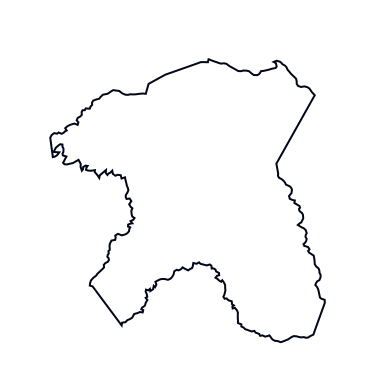 Arapoti, Paraná, Brazil, rotated 279°
{"feature_id": "56859067B71427731295811", "entity_name": "Arapoti", "entity_type": "district", "adm_level": 2, "iso_a3": "BRA", "parent_name": "Brazil", "parent_adm1": "Paraná", "projection": "orthographic", "projection_center": [-50.012, -24.073], "detail": "fine", "context": "isolated", "style": "outline", "palette": "ink", "viewbox_px": 384, "rotation_deg": 279, "n_neighbors": 0, "source": "geoboundaries", "source_scale": "gbopen_adm2", "svg_char_len": 4819}
<svg xmlns="http://www.w3.org/2000/svg" viewBox="0 0 384 384"><g transform="rotate(279 192 192)"><path d="M226.2,44.4L223.4,43.5L204.7,49.1L205.7,51.4L207.4,53.1L210.4,54.7L210.2,52.4L209.9,49.0L214.4,50.6L216.7,52.5L218.6,54.4L218.6,56.6L216.5,57.0L214.7,58.3L211.5,58.7L209.5,58.1L207.9,58.8L207.4,62.4L202.9,60.9L200.6,60.1L199.5,61.7L199.6,64.0L202.0,69.9L203.3,71.5L206.0,74.9L202.4,77.7L199.4,78.0L195.8,79.9L197.4,80.8L199.6,80.6L201.4,82.7L201.4,84.8L199.6,83.9L197.3,83.9L196.9,86.1L197.2,89.0L198.4,92.7L196.5,92.8L194.1,95.7L191.4,98.2L194.0,98.3L196.4,100.3L200.2,103.6L197.4,103.8L195.6,105.8L197.2,106.7L198.2,108.2L200.6,109.9L197.5,111.0L196.1,113.8L197.4,116.0L197.4,119.0L194.3,120.3L196.0,123.5L193.1,124.6L191.0,125.5L188.0,126.7L185.8,128.1L183.8,128.9L181.3,128.3L178.6,127.1L176.7,127.3L174.9,128.5L175.8,131.4L173.5,133.5L170.0,131.9L167.7,133.8L166.6,135.7L164.0,135.0L160.4,135.9L158.4,136.9L157.3,139.3L155.3,138.3L153.7,135.9L151.7,138.0L151.1,136.1L149.8,134.0L147.9,134.2L147.4,136.5L145.6,135.9L143.3,135.9L141.1,134.5L139.5,132.4L138.2,129.5L139.1,125.4L137.0,123.0L135.1,123.7L132.7,123.6L131.4,120.0L128.3,119.1L126.0,118.9L123.8,119.5L122.0,119.8L120.5,118.7L118.3,119.4L116.6,118.6L114.8,118.5L113.6,120.0L111.8,120.6L109.8,119.7L108.3,117.6L106.3,116.3L103.8,116.9L101.8,115.6L99.1,113.5L96.5,111.4L94.1,110.2L91.9,108.0L88.9,106.1L86.3,105.6L83.6,105.7L83.2,108.6L49.2,143.4L52.0,143.4L53.0,146.6L55.4,148.3L56.7,150.5L58.5,152.6L60.7,153.4L62.5,154.0L63.8,157.0L65.3,159.3L65.3,162.1L67.7,162.3L68.2,160.3L69.9,160.7L72.3,163.2L75.6,163.7L78.4,164.9L80.2,162.8L81.5,164.2L84.4,163.1L86.3,161.8L88.4,161.9L88.0,164.2L89.7,165.6L87.6,166.3L89.9,168.8L93.3,168.9L92.2,170.4L95.0,171.3L97.6,169.9L99.1,171.9L100.6,174.0L101.4,175.8L101.8,178.8L101.5,182.0L103.1,184.4L105.2,185.8L107.7,186.7L110.9,186.9L112.7,188.9L112.5,191.0L113.9,193.1L116.1,194.5L115.2,196.6L114.0,200.5L115.6,202.1L116.9,204.0L118.9,204.4L122.1,204.4L121.8,207.7L123.6,210.0L122.4,211.6L121.8,218.0L123.2,221.0L122.1,222.8L119.5,223.4L119.9,225.3L119.1,227.3L117.3,228.2L116.3,231.3L114.1,231.9L113.2,229.9L111.0,228.6L110.1,230.9L108.8,232.6L107.9,234.9L109.6,235.7L108.3,237.1L106.8,238.3L105.2,239.3L102.7,239.7L99.9,240.4L97.8,240.2L95.6,240.0L93.4,239.4L91.7,240.9L92.3,242.8L90.7,245.0L90.3,248.3L87.3,249.2L86.5,251.1L85.2,249.8L83.3,250.4L84.3,252.4L82.2,254.9L80.0,256.2L77.5,256.5L74.3,257.0L72.3,257.5L69.7,258.0L69.0,261.5L66.9,261.8L66.2,264.1L64.8,266.0L64.5,268.2L64.0,270.6L63.6,272.7L64.6,275.3L63.1,276.8L62.3,280.6L60.6,281.8L61.4,284.1L60.6,286.8L61.5,289.2L62.5,290.9L60.7,292.7L59.0,294.4L58.0,297.1L58.2,300.3L57.5,302.7L58.2,304.5L59.3,306.4L61.3,309.7L64.4,313.2L65.6,315.0L65.8,318.0L65.5,320.2L65.5,322.6L66.2,325.3L65.8,327.3L66.5,329.5L68.2,331.4L70.1,334.2L71.8,334.5L81.3,336.3L103.2,340.5L106.3,339.9L106.8,336.5L107.8,334.9L113.8,332.6L115.7,331.8L117.6,330.5L119.4,328.4L121.2,328.7L123.3,329.6L124.9,331.6L127.7,332.3L130.2,332.0L132.2,330.5L134.0,330.2L136.3,329.0L137.8,326.4L139.8,324.6L141.9,324.1L144.4,323.5L148.2,322.2L150.4,317.2L151.9,315.9L153.8,317.0L155.8,315.2L156.4,311.2L158.0,310.3L159.4,311.5L161.2,312.4L163.5,312.6L165.5,311.1L167.4,311.1L169.4,311.7L172.2,310.2L173.7,308.0L174.2,306.0L176.0,301.7L177.8,303.2L179.1,304.7L181.3,305.4L183.4,306.0L186.7,305.2L188.3,304.1L190.0,301.2L191.9,300.3L193.4,301.2L195.0,300.3L196.0,297.8L197.2,294.8L199.7,294.9L199.8,293.0L200.5,289.7L203.1,288.5L204.9,289.4L206.3,290.4L209.9,290.4L211.9,289.1L213.0,287.4L214.0,283.6L215.6,282.6L217.2,281.0L218.8,278.4L219.6,275.8L221.4,274.4L223.8,274.2L233.2,270.9L306.8,298.1L309.3,294.9L311.1,293.2L312.6,291.7L313.6,289.5L313.9,286.5L312.8,283.3L313.3,280.3L315.2,278.5L318.0,278.0L320.2,277.0L321.8,274.8L324.2,271.3L326.2,269.1L327.7,267.3L330.1,265.7L331.4,264.0L332.4,261.3L333.7,259.9L334.5,258.2L334.8,254.8L333.2,252.3L332.4,254.7L329.2,256.0L327.6,255.2L326.2,251.6L324.6,248.2L322.8,243.7L322.2,241.3L320.4,240.6L318.8,239.7L317.6,238.0L317.2,234.7L318.5,232.1L320.2,229.5L320.4,227.0L320.0,223.8L319.0,221.5L318.7,218.8L320.1,215.1L322.2,209.3L324.0,205.9L324.1,203.4L323.3,200.3L324.7,192.3L325.7,187.6L322.7,187.4L321.7,180.5L319.0,175.6L303.7,147.3L292.0,132.2L281.7,131.0L281.6,128.2L280.7,124.5L279.8,121.6L279.2,118.8L278.9,116.0L277.9,113.4L277.7,110.9L278.5,107.8L279.4,106.1L280.4,104.2L280.3,98.3L278.6,96.2L276.5,94.1L275.5,92.6L274.8,90.5L274.1,88.7L271.8,87.0L269.6,85.7L268.4,82.9L266.8,80.1L264.6,79.3L262.4,79.7L260.2,78.3L258.3,78.0L257.9,73.9L256.1,73.4L255.6,71.1L253.7,70.5L251.0,71.1L249.0,69.8L247.3,67.5L244.7,66.9L243.0,68.9L240.4,68.6L241.2,65.3L240.3,63.2L239.0,60.7L237.2,58.4L235.2,56.8L233.1,58.6L232.0,57.0L230.3,55.9L229.1,54.1L229.9,51.0L228.5,49.7L228.6,46.7L226.2,44.4Z" fill="none" stroke="#020617" stroke-width="2"/></g></svg>